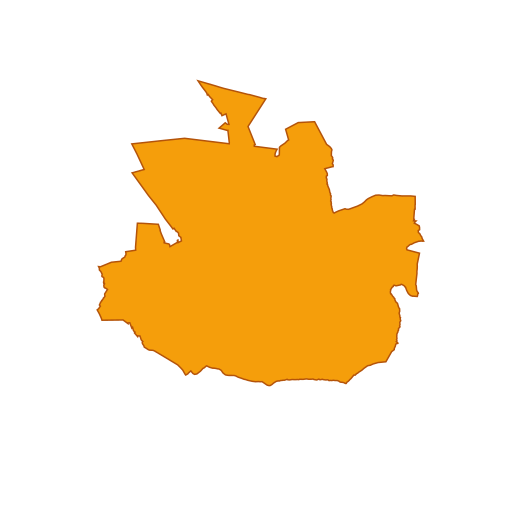 outline of Soltepec, Puebla, Mexico, rotated 312°
{"feature_id": "50627088B13835077338530", "entity_name": "Soltepec", "entity_type": "district", "adm_level": 2, "iso_a3": "MEX", "parent_name": "Mexico", "parent_adm1": "Puebla", "projection": "robinson", "projection_center": [-97.741, 19.123], "detail": "fine", "context": "isolated", "style": "filled", "palette": "amber", "viewbox_px": 512, "rotation_deg": 312, "n_neighbors": 0, "source": "geoboundaries", "source_scale": "gbopen_adm2", "svg_char_len": 6155}
<svg xmlns="http://www.w3.org/2000/svg" viewBox="0 0 512 512"><g transform="rotate(312 256 256)"><path d="M256.2,88.7L252.1,99.4L245.5,115.0L234.9,108.3L229.0,135.6L227.0,147.8L222.8,163.9L221.2,172.7L220.5,176.2L221.8,176.5L220.9,180.3L221.2,180.5L221.3,181.7L221.2,183.0L219.4,185.1L219.6,187.7L219.3,187.8L218.8,188.7L217.3,190.5L213.9,189.2L215.6,187.3L215.0,187.1L213.7,188.5L205.4,185.8L207.0,183.5L206.9,183.6L204.3,179.0L204.8,178.4L205.5,178.6L209.0,171.0L210.8,167.6L211.2,167.5L214.2,162.2L204.5,150.0L201.0,145.9L181.9,160.6L179.8,162.7L172.0,156.3L170.5,158.1L169.3,158.7L168.8,158.6L167.4,159.2L164.6,158.4L163.6,158.4L162.0,159.2L161.0,158.5L154.6,152.7L143.9,147.6L142.8,146.1L142.2,147.6L140.8,149.0L140.6,151.2L139.5,153.9L137.9,154.9L137.7,155.6L138.1,157.1L137.4,158.2L135.2,160.0L134.6,160.1L134.0,160.9L134.2,161.0L134.4,161.4L134.0,162.1L132.6,162.3L131.3,163.7L131.1,164.3L131.2,164.7L131.1,165.1L131.5,165.8L131.8,168.0L126.6,168.9L125.9,169.5L125.0,170.7L123.2,170.9L122.8,170.7L122.3,171.0L120.5,171.2L119.7,171.1L119.6,171.4L118.0,171.5L117.5,171.4L117.2,171.7L114.8,172.4L114.6,173.9L111.4,174.3L109.7,174.0L108.2,178.3L106.4,182.4L105.2,184.5L119.5,200.0L120.1,206.2L120.7,205.7L121.9,206.9L119.3,212.0L120.4,212.0L118.6,214.8L118.4,216.2L118.5,217.1L117.5,217.2L116.9,221.9L117.5,221.5L118.9,223.3L116.9,226.8L116.7,229.1L116.0,229.1L115.3,229.6L114.8,230.6L114.3,232.6L113.5,234.0L113.9,235.8L114.3,238.5L114.7,239.7L117.0,242.6L117.5,244.0L122.7,270.6L122.5,274.7L122.2,277.9L120.7,282.3L120.5,283.4L122.8,284.2L123.9,284.1L127.0,284.5L126.5,287.7L126.9,289.5L128.8,291.0L133.3,291.8L137.0,291.8L138.1,292.3L141.2,292.7L141.6,293.7L142.2,295.9L143.2,298.0L143.7,298.9L144.6,299.9L145.9,301.9L146.3,302.8L146.9,303.5L147.3,304.4L147.6,305.7L147.7,306.4L147.6,307.4L147.1,309.2L147.0,310.0L147.2,312.6L147.4,313.2L148.8,315.4L152.5,319.6L153.0,320.5L153.3,321.1L154.0,323.8L155.4,327.0L156.4,329.6L157.2,330.9L158.2,333.2L160.4,337.1L161.6,338.8L162.2,339.7L164.4,341.9L165.4,343.3L166.7,344.6L167.5,350.7L168.4,352.4L169.2,353.2L171.0,353.8L173.4,354.1L176.3,354.9L178.1,356.1L178.5,356.8L180.2,357.8L180.8,358.5L181.9,359.3L182.8,360.3L185.1,361.6L185.3,361.9L185.2,362.2L185.3,362.5L186.4,363.9L188.4,365.5L190.2,367.7L192.1,369.6L192.8,370.6L193.6,370.9L195.8,373.5L198.4,375.7L199.8,377.8L201.7,379.8L202.7,380.7L203.0,381.7L204.3,383.8L204.6,384.1L206.6,385.1L206.7,386.0L207.0,386.5L208.8,387.8L209.1,388.6L210.4,390.6L212.0,392.2L212.2,392.8L212.2,393.4L212.3,393.7L213.1,394.3L214.2,395.7L215.4,396.6L216.3,398.0L217.8,399.7L218.4,401.1L218.6,402.8L219.0,403.5L220.0,404.8L220.7,406.1L221.0,407.4L221.4,408.2L221.9,408.3L222.9,408.0L224.7,408.4L225.2,408.4L225.8,408.5L226.8,408.4L228.5,408.6L233.0,408.4L233.8,409.4L235.3,409.5L235.7,409.3L236.7,409.9L238.4,410.1L242.0,411.1L244.8,411.4L249.2,412.4L251.4,414.1L254.0,415.2L258.5,418.0L264.3,423.3L275.7,420.8L278.9,421.4L279.9,420.6L282.2,419.9L283.9,418.9L284.9,419.1L286.0,419.9L286.3,419.6L286.2,418.2L286.3,417.6L286.8,417.8L287.3,417.5L288.0,416.3L288.8,416.1L290.4,414.4L291.1,413.9L292.0,413.1L292.8,412.7L294.4,412.3L295.5,411.6L296.4,411.5L296.9,410.9L297.4,410.5L299.7,410.4L300.2,409.5L300.7,409.1L301.2,409.0L301.5,408.8L302.7,407.4L303.7,407.0L304.7,406.9L305.5,405.6L306.2,404.9L306.9,404.6L306.9,403.6L307.7,403.1L309.3,400.6L311.2,399.7L312.2,398.6L312.8,398.2L313.1,396.9L313.6,395.8L315.5,392.8L315.5,390.4L315.8,390.0L316.2,388.8L317.2,387.6L317.1,386.9L317.5,385.9L317.5,384.8L317.7,383.9L318.3,382.0L318.0,381.8L318.2,381.0L319.3,379.8L320.4,379.2L321.2,378.4L322.1,378.5L323.4,378.1L324.6,378.2L325.1,378.4L325.5,378.3L325.8,378.0L326.7,378.1L327.0,378.7L327.4,379.8L328.0,380.4L328.6,380.8L331.2,382.7L332.1,382.8L332.6,383.9L333.0,386.0L333.0,386.6L332.7,387.4L332.9,387.9L331.2,391.1L330.1,394.1L330.0,394.9L330.0,397.2L330.8,399.1L331.5,399.9L333.8,402.9L334.4,402.7L336.1,401.6L336.8,401.7L337.1,401.3L337.6,399.2L338.3,398.0L341.1,395.0L341.6,393.8L350.7,387.3L352.3,385.8L354.3,384.4L356.0,383.0L357.9,381.2L367.5,375.6L361.6,364.1L362.2,363.0L363.6,362.2L364.8,362.5L367.0,362.7L367.9,363.0L368.7,363.7L371.8,364.8L376.1,367.2L376.7,368.0L377.4,368.4L378.5,369.9L379.2,370.6L380.2,367.7L381.1,366.4L381.4,364.7L382.2,362.7L382.1,361.0L383.5,359.5L385.0,360.0L386.7,358.4L387.6,357.1L386.8,353.3L386.3,351.7L387.3,351.4L389.1,351.5L387.6,349.5L389.2,349.1L389.0,348.5L396.8,342.5L397.3,342.9L399.3,341.0L400.6,339.9L400.8,339.9L406.8,334.4L404.1,330.7L398.3,324.3L395.1,320.0L393.5,317.5L391.6,316.7L387.3,311.4L385.7,309.8L383.6,306.6L381.2,304.2L377.6,302.5L373.8,301.0L371.6,300.5L368.7,300.4L365.6,299.9L360.9,298.0L352.7,293.6L351.3,292.0L350.7,290.5L345.0,287.3L341.8,285.9L340.3,285.4L340.0,284.4L341.2,282.0L342.0,281.2L342.3,280.4L342.6,279.9L343.1,279.6L344.5,277.4L345.2,277.2L345.5,276.5L346.5,275.8L346.7,274.8L346.9,274.6L348.1,274.1L348.6,273.3L350.9,271.7L351.1,270.5L352.2,269.7L352.7,268.3L354.5,266.0L356.2,262.3L356.9,261.5L357.1,261.2L357.0,260.5L357.9,260.2L359.2,258.3L360.3,257.6L360.6,256.7L361.0,256.6L361.4,255.6L362.6,254.8L363.5,255.2L364.8,254.0L365.5,252.6L366.9,248.7L373.3,252.9L374.0,253.5L375.2,252.5L375.4,252.2L375.6,251.0L378.7,249.5L379.0,249.1L379.2,248.0L379.6,247.6L380.1,247.5L380.5,247.0L380.9,245.5L380.9,244.9L384.1,242.2L385.2,241.7L385.9,241.1L386.3,239.9L386.6,237.6L386.2,233.8L395.0,209.7L383.4,198.1L370.0,193.2L364.1,202.6L362.8,202.2L359.2,202.0L354.4,200.8L352.5,200.7L346.7,205.7L343.8,205.1L343.7,204.5L342.9,203.5L344.0,202.3L345.5,201.4L347.4,200.7L349.5,200.2L336.4,181.3L337.4,180.4L338.3,180.8L346.9,163.4L379.4,158.1L378.5,156.6L378.3,156.6L377.3,154.7L376.4,152.7L371.6,143.2L370.7,141.9L366.7,134.3L359.0,119.9L356.7,115.1L355.2,111.8L347.4,95.7L346.1,100.7L345.8,102.2L345.6,102.9L344.7,107.9L344.2,110.2L343.1,112.1L344.0,112.3L343.4,115.2L343.1,119.2L341.2,119.2L340.8,120.5L340.6,121.7L339.9,123.9L339.4,127.0L338.8,129.3L338.1,134.0L338.7,134.3L337.5,136.8L341.6,138.6L335.7,147.8L334.6,146.5L334.4,144.0L326.3,143.0L330.3,151.0L330.5,151.1L322.2,160.5L321.5,161.0L295.7,124.2L278.8,108.9L256.2,88.7Z" fill="#f59e0b" stroke="#b45309" stroke-width="1.5"/></g></svg>